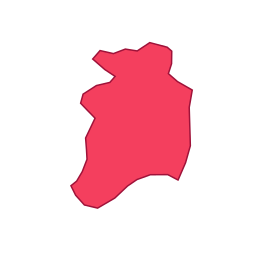 SVG path tracing the border of Štrpce, rotated 311°
{"feature_id": "KOS-5914", "entity_name": "Štrpce", "entity_type": "District", "adm_level": 1, "iso_a3": "XKX", "parent_name": "Kosovo", "parent_adm1": "", "projection": "natural_earth1", "projection_center": [20.995, 42.226], "detail": "fine", "context": "isolated", "style": "filled", "palette": "rose", "viewbox_px": 256, "rotation_deg": 311, "n_neighbors": 0, "source": "natural_earth", "source_scale": "10m", "svg_char_len": 637}
<svg xmlns="http://www.w3.org/2000/svg" viewBox="0 0 256 256"><g transform="rotate(311 128 128)"><path d="M198.8,151.6L183.7,160.7L162.8,180.0L155.5,186.7L139.6,194.2L121.6,199.9L121.5,199.6L118.9,188.6L107.4,175.5L95.0,168.6L83.9,165.7L66.5,164.0L47.6,157.6L41.3,145.6L42.9,132.6L47.0,122.8L54.2,124.1L65.1,122.1L77.5,117.6L84.3,111.0L92.6,102.6L113.8,96.7L114.7,85.8L115.6,76.0L124.1,71.9L139.3,76.3L150.5,84.4L158.5,84.4L156.9,72.2L156.9,56.1L168.1,56.1L174.6,68.2L185.8,74.2L192.2,84.4L206.7,88.4L214.7,104.6L214.7,110.6L205.1,118.7L195.5,122.8L195.5,134.9L198.8,151.6Z" fill="#f43f5e" stroke="#9f1239" stroke-width="1.5"/></g></svg>